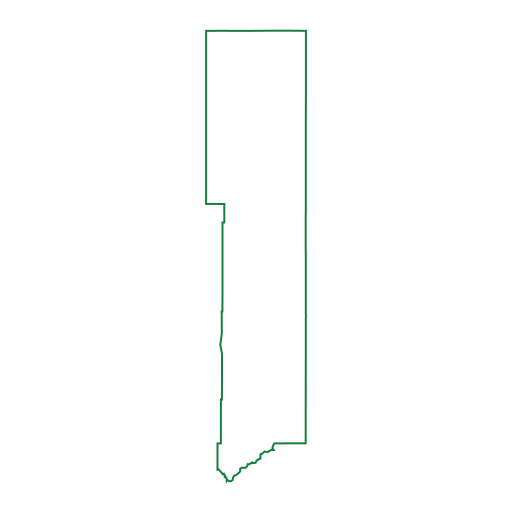 the district of Apache, Arizona, United States of America
{"feature_id": "52423323B39165499279829", "entity_name": "Apache", "entity_type": "district", "adm_level": 2, "iso_a3": "USA", "parent_name": "United States of America", "parent_adm1": "Arizona", "projection": "mercator", "projection_center": [-109.434, 35.237], "detail": "fine", "context": "isolated", "style": "outline", "palette": "green", "viewbox_px": 512, "rotation_deg": 0, "n_neighbors": 0, "source": "geoboundaries", "source_scale": "gbopen_adm2", "svg_char_len": 1310}
<svg xmlns="http://www.w3.org/2000/svg" viewBox="0 0 512 512"><path d="M305.8,160.2L305.8,145.4L305.8,137.0L305.8,119.8L305.9,95.8L305.9,92.2L305.9,47.0L305.9,34.7L305.9,30.8L291.7,30.7L286.2,30.7L284.8,30.7L283.1,30.7L282.6,30.7L282.4,30.7L271.1,30.7L270.8,30.7L258.9,30.8L245.3,30.9L219.2,30.8L206.1,30.9L206.1,203.9L224.3,204.0L224.3,222.5L222.5,222.5L222.5,267.0L222.5,293.0L222.4,311.3L221.7,311.3L221.8,333.6L220.3,344.7L222.0,353.8L222.0,355.6L222.0,379.6L221.9,399.6L220.9,399.5L220.9,443.4L217.5,443.4L217.5,469.7L218.6,469.3L223.1,474.5L223.9,473.8L225.0,475.6L224.7,477.1L226.4,477.6L226.7,480.5L227.1,479.7L228.7,481.1L230.5,481.3L232.7,480.1L232.9,477.8L234.2,475.6L236.1,475.0L239.1,472.7L240.4,470.8L240.1,469.0L241.6,467.7L245.7,467.8L247.5,465.5L247.7,464.1L249.5,464.1L252.2,462.4L252.6,463.1L255.5,462.8L256.8,460.4L258.9,459.1L260.3,458.8L260.5,454.2L262.4,453.6L264.5,451.5L267.5,452.1L271.1,450.0L273.7,450.0L272.5,448.3L272.7,446.6L274.3,443.4L305.7,443.3L305.7,431.1L305.7,415.4L305.8,349.4L305.8,342.2L305.8,317.9L305.9,316.1L305.8,314.2L305.8,312.4L305.8,310.6L305.8,293.9L305.8,266.4L305.8,256.8L305.7,248.3L305.7,245.0L305.7,242.3L305.7,218.9L305.8,210.2L305.8,209.9L305.8,176.0L305.8,174.9L305.8,170.1L305.8,160.2L305.8,160.2Z" fill="none" stroke="#15803d" stroke-width="2"/></svg>